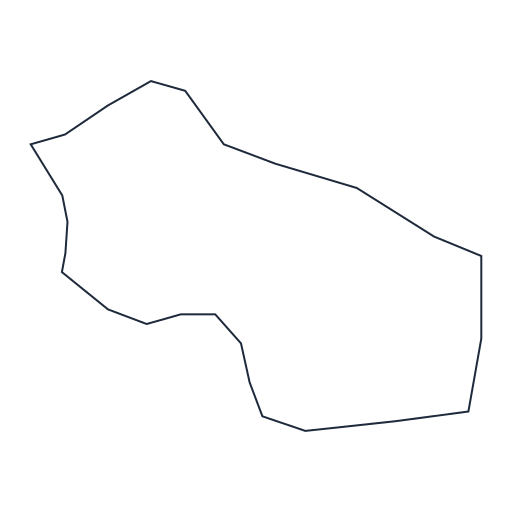 the border of Bushenyi
{"feature_id": "UGA-3366", "entity_name": "Bushenyi", "entity_type": "District", "adm_level": 1, "iso_a3": "UGA", "parent_name": "Uganda", "parent_adm1": "", "projection": "robinson", "projection_center": [30.086, -0.492], "detail": "fine", "context": "isolated", "style": "outline", "palette": "slate", "viewbox_px": 512, "rotation_deg": 0, "n_neighbors": 0, "source": "natural_earth", "source_scale": "10m", "svg_char_len": 430}
<svg xmlns="http://www.w3.org/2000/svg" viewBox="0 0 512 512"><path d="M61.9,272.1L65.4,253.2L67.5,221.9L62.3,195.5L30.7,144.3L65.0,134.5L108.0,105.4L150.9,81.1L185.2,90.8L223.8,144.3L275.3,163.7L356.8,188.0L434.1,236.6L481.3,256.0L481.3,338.6L468.4,411.5L395.5,421.2L305.3,430.9L262.4,416.3L249.6,382.3L241.0,343.4L215.2,314.3L180.9,314.3L146.6,324.0L108.0,309.4L61.9,272.1Z" fill="none" stroke="#1e293b" stroke-width="2"/></svg>